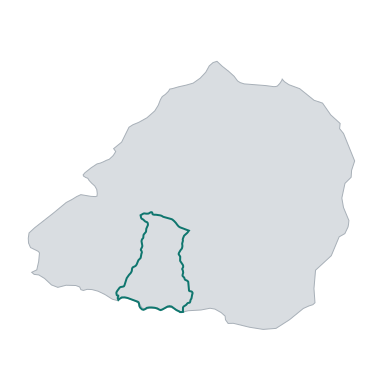 Paysandú on a map of Uruguay (Equal Earth projection), rotated 274°
{"feature_id": "URY-8", "entity_name": "Paysandú", "entity_type": "Department", "adm_level": 1, "iso_a3": "URY", "parent_name": "Uruguay", "parent_adm1": "", "projection": "equal_earth", "projection_center": [-57.298, -32.042], "detail": "fine", "context": "in_parent", "style": "outline", "palette": "teal", "viewbox_px": 384, "rotation_deg": 274, "n_neighbors": 0, "source": "natural_earth", "source_scale": "10m", "svg_char_len": 4784}
<svg xmlns="http://www.w3.org/2000/svg" viewBox="0 0 384 384"><g transform="rotate(274 192 192)"><path d="M310.9,274.1L308.5,276.5L305.8,281.2L302.6,292.2L292.0,307.4L289.8,316.0L278.6,325.0L270.7,335.0L265.5,334.8L260.9,339.1L234.3,352.1L224.8,349.7L217.8,349.7L211.3,344.0L196.4,341.9L187.1,344.2L174.5,350.5L170.7,350.4L168.0,350.1L161.2,347.4L157.5,341.9L138.2,335.4L122.6,320.7L104.2,320.4L90.1,322.4L88.0,320.4L86.5,316.6L83.6,311.2L71.4,298.2L61.8,285.3L59.9,272.6L61.1,258.8L63.9,242.3L63.4,237.2L66.9,234.3L70.5,233.7L73.8,229.4L76.8,223.0L77.3,218.1L74.9,209.1L73.3,196.5L71.3,190.2L75.2,180.3L75.3,175.4L73.1,171.2L72.5,166.8L73.5,162.3L73.3,158.0L71.8,153.8L72.9,150.4L76.4,147.7L79.1,143.5L80.9,137.9L81.8,133.6L81.8,130.6L80.7,127.9L78.5,125.2L79.5,120.0L83.7,112.2L86.5,105.2L87.7,99.1L87.6,94.2L86.2,90.5L86.8,88.0L89.4,86.6L90.6,82.7L90.2,72.9L87.5,64.8L89.5,58.3L95.5,50.9L98.6,44.9L98.8,40.3L100.7,37.7L103.5,42.6L112.0,43.9L120.6,44.1L122.0,42.9L125.3,34.8L129.7,32.5L134.5,31.9L139.8,32.3L145.4,37.6L161.2,55.1L172.8,67.3L176.3,73.0L179.4,77.3L181.6,81.3L180.6,91.6L180.7,96.2L181.3,97.5L183.9,97.6L187.9,96.8L191.2,94.6L193.8,91.3L196.3,88.6L198.4,87.1L199.1,84.9L200.3,82.7L201.5,82.2L203.8,83.9L209.2,89.8L213.4,95.3L214.4,98.4L216.0,101.6L217.7,104.5L218.9,107.2L222.9,110.9L227.0,113.1L229.8,110.8L236.8,118.3L252.2,124.6L255.0,128.4L257.6,133.7L262.9,141.9L270.3,149.2L276.2,152.3L282.0,154.1L285.2,155.7L287.4,158.5L290.8,161.5L293.1,162.6L293.8,165.3L296.0,171.3L298.2,178.7L300.7,185.6L306.2,192.3L312.5,197.4L319.0,200.4L322.6,204.0L324.1,207.8L319.6,213.3L314.8,220.3L310.4,225.9L306.0,229.7L304.5,232.4L303.5,236.5L303.3,258.2L302.8,266.3L303.1,268.4L303.7,269.8L306.4,272.0L309.6,273.8L310.9,274.1Z" fill="#d9dde1" stroke="#a8b0b8" stroke-width="1"/><path d="M71.4,188.6L71.4,188.4L71.9,187.7L73.1,184.7L76.3,179.6L76.5,177.5L76.0,175.6L72.6,170.4L72.0,169.0L72.3,167.7L73.4,165.6L73.9,163.0L74.0,160.1L73.8,157.2L73.3,155.1L71.7,153.1L71.1,151.8L71.4,150.4L72.8,148.6L73.6,148.0L74.7,147.4L77.1,146.9L78.3,146.3L78.8,145.4L81.8,135.1L82.2,132.2L81.9,129.2L80.5,127.3L79.2,126.1L79.4,126.0L80.2,125.6L81.0,125.3L81.8,125.4L82.6,125.7L83.2,125.7L83.4,125.6L83.5,125.6L83.6,124.9L83.6,124.6L83.8,124.3L84.0,124.1L85.9,123.6L86.3,123.6L86.8,123.7L88.1,124.3L91.4,126.4L91.8,126.8L92.0,127.1L92.2,127.4L92.8,129.7L92.9,130.0L93.1,130.3L93.2,130.6L93.5,130.8L94.1,131.1L101.5,132.9L105.0,135.0L106.7,136.4L107.3,136.7L108.5,137.3L109.7,137.5L111.1,137.5L112.0,137.8L112.5,138.0L112.8,138.3L113.9,140.2L114.2,140.7L114.9,141.3L116.0,141.9L120.0,143.2L120.6,143.6L122.4,145.2L123.0,145.4L127.2,145.9L127.9,146.2L128.3,146.2L128.8,146.1L129.5,145.8L129.9,145.6L130.2,145.3L130.4,145.1L130.7,145.0L131.1,145.0L133.3,145.9L134.3,146.2L134.9,146.2L139.2,145.1L139.8,145.1L140.7,145.3L141.1,145.4L141.5,145.6L142.5,146.4L142.8,146.5L143.1,146.6L145.2,146.6L145.8,146.7L146.2,146.8L148.7,148.6L149.3,148.9L149.7,148.9L152.3,149.0L155.8,150.3L156.1,150.3L156.7,150.3L157.5,150.1L158.1,149.9L158.4,149.6L158.7,149.3L158.9,148.8L159.0,148.5L159.2,147.7L159.5,147.2L161.0,145.4L161.4,144.7L161.7,144.1L161.8,143.7L162.6,143.1L165.2,142.3L166.8,144.6L167.1,145.1L167.3,145.8L167.3,146.2L167.2,147.7L167.3,149.2L167.4,149.8L167.5,150.2L168.7,151.9L168.9,152.3L169.0,152.7L169.0,153.2L168.9,153.5L168.7,153.7L168.5,153.8L168.0,153.9L167.5,154.1L167.2,154.2L167.0,154.4L166.9,154.9L166.7,155.6L166.8,158.4L166.7,158.9L166.5,161.7L166.2,163.1L165.9,163.8L165.3,164.9L165.1,165.7L163.6,173.1L163.2,174.3L161.7,176.3L160.1,178.0L158.2,179.6L156.7,181.1L155.9,182.6L153.2,191.6L151.6,190.6L150.9,190.1L148.2,187.5L147.7,187.1L144.9,186.2L144.1,186.1L143.7,186.1L143.1,186.3L142.6,186.3L142.0,186.2L140.0,185.8L139.5,185.8L138.2,186.1L137.2,186.2L136.1,186.1L134.8,185.8L133.3,184.7L130.5,183.3L129.8,183.1L129.2,183.0L128.5,183.4L127.5,184.2L127.0,184.5L126.8,184.7L126.1,184.8L123.0,184.9L122.5,185.0L122.0,185.3L118.7,187.9L118.3,188.1L117.8,188.3L116.9,188.4L116.4,188.4L116.0,188.2L114.9,187.7L114.5,187.6L114.1,187.7L113.4,188.2L112.5,188.5L111.2,188.8L110.7,188.8L108.9,188.4L108.3,188.4L107.8,188.4L107.5,188.6L107.1,189.0L106.7,189.5L106.0,190.2L105.8,190.3L104.6,190.8L104.4,190.9L104.1,191.1L104.0,191.3L103.7,191.9L103.7,192.0L103.3,193.0L103.2,193.3L102.8,193.8L102.6,194.1L102.1,194.5L93.5,195.9L93.2,196.1L93.1,196.4L92.9,196.8L92.9,197.1L92.7,198.5L92.5,198.8L92.1,199.2L91.4,199.6L90.9,199.6L90.5,199.6L90.3,199.4L85.9,198.9L85.3,198.7L84.8,198.3L83.8,198.0L82.6,197.9L82.0,197.7L81.6,197.5L81.5,197.3L81.4,197.2L81.1,196.0L80.8,195.4L80.6,195.2L80.4,195.0L79.3,194.3L79.1,194.1L78.9,193.9L77.5,192.1L77.4,191.9L77.1,191.6L76.8,191.4L76.2,191.1L75.8,191.1L73.3,191.2L71.8,191.5L71.5,190.1L71.4,188.6Z" fill="none" stroke="#0f766e" stroke-width="2"/></g></svg>